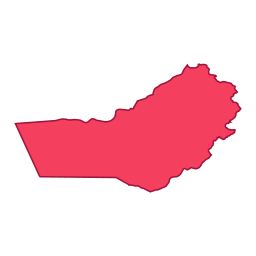 the district of Caille Des, Dauphin, Saint Lucia
{"feature_id": "8701671B89602605916522", "entity_name": "Caille Des", "entity_type": "district", "adm_level": 2, "iso_a3": "LCA", "parent_name": "Saint Lucia", "parent_adm1": "Dauphin", "projection": "mercator", "projection_center": [-60.881, 13.983], "detail": "fine", "context": "isolated", "style": "filled", "palette": "rose", "viewbox_px": 256, "rotation_deg": 0, "n_neighbors": 0, "source": "geoboundaries", "source_scale": "gbopen_adm2", "svg_char_len": 5804}
<svg xmlns="http://www.w3.org/2000/svg" viewBox="0 0 256 256"><path d="M15.4,123.6L39.5,176.0L40.1,176.7L116.1,177.5L128.8,184.6L128.8,184.9L129.3,184.7L130.3,185.1L131.3,185.2L132.8,185.2L133.5,185.5L134.8,185.9L136.1,186.0L137.3,185.8L139.2,186.4L140.3,187.1L141.2,187.9L142.0,188.1L143.0,188.1L147.5,190.4L150.4,191.8L151.8,191.3L154.0,190.6L155.6,189.9L157.8,189.9L159.5,189.1L160.7,188.7L163.0,187.4L163.8,187.3L165.9,186.3L166.3,185.9L167.0,184.8L167.6,184.1L169.0,182.0L169.8,178.9L171.0,177.7L171.6,177.5L172.3,177.1L173.2,176.9L175.4,176.8L176.1,176.8L176.9,176.6L178.0,176.1L179.5,175.1L180.4,174.2L181.2,173.1L181.5,172.6L182.1,171.3L182.8,170.2L183.6,169.0L183.9,168.8L184.1,168.7L184.3,168.6L185.1,168.6L185.7,169.0L186.2,169.2L186.5,169.5L187.4,169.8L189.2,168.9L190.3,168.2L190.6,167.9L190.9,167.7L191.6,167.7L193.3,168.2L194.8,168.6L195.7,168.7L196.4,168.7L197.4,168.4L198.4,168.0L199.0,167.6L199.7,167.0L200.2,166.4L200.5,166.0L201.1,165.1L201.7,163.8L201.9,163.4L202.5,162.7L204.0,161.4L205.4,160.0L207.8,158.5L208.8,158.1L209.6,157.0L210.1,156.3L211.4,154.8L210.3,154.1L209.6,152.7L208.6,151.5L208.5,151.1L208.5,150.3L208.6,149.8L209.0,149.4L210.7,148.3L211.1,147.8L211.7,146.5L212.2,145.8L212.9,145.3L213.0,145.1L213.1,144.8L213.1,144.2L213.2,143.9L213.4,143.6L213.4,143.4L213.4,143.2L213.1,143.0L213.0,142.7L213.1,142.2L213.6,141.1L214.1,140.6L214.6,140.3L214.8,140.4L214.9,140.8L215.1,140.8L215.5,140.5L215.8,140.1L216.4,139.6L216.6,139.6L216.9,139.3L217.2,138.2L217.2,137.5L217.4,137.4L217.6,137.4L217.9,137.7L218.3,137.7L218.5,137.5L219.0,136.8L219.3,136.8L219.4,137.0L219.4,137.3L219.5,137.6L219.8,137.7L220.0,137.8L220.3,137.8L220.6,137.6L220.9,138.1L221.1,138.2L221.4,138.3L221.6,138.4L222.0,138.9L222.3,139.0L223.2,139.4L223.7,139.4L224.6,139.0L224.9,138.8L225.5,137.8L226.0,137.4L226.4,137.2L226.7,137.1L227.0,137.3L227.2,137.2L227.5,137.0L228.0,136.0L228.3,135.9L229.3,135.8L229.6,135.7L229.9,135.5L230.5,134.8L231.0,134.4L232.5,134.0L233.2,133.4L233.5,133.2L234.5,132.5L234.4,132.3L234.3,132.2L234.2,132.1L234.8,131.2L234.8,130.8L235.0,130.3L235.1,130.1L234.6,129.8L234.3,129.7L233.7,129.7L232.6,129.9L231.1,129.9L230.3,129.7L229.0,129.4L227.6,128.8L227.1,128.2L226.8,127.9L226.1,127.6L225.7,127.2L225.4,126.4L225.4,126.0L225.3,125.6L225.4,125.1L225.6,124.6L225.9,124.2L226.2,123.9L226.7,123.6L227.1,123.4L227.5,123.3L228.0,123.3L228.4,123.3L228.6,123.3L228.8,123.1L228.9,122.9L228.9,122.6L229.1,122.3L230.3,122.2L229.8,121.9L229.6,121.8L229.7,121.7L229.9,121.6L230.0,121.5L230.1,121.4L229.9,120.9L229.8,120.4L230.1,120.2L230.3,120.2L230.6,120.3L230.8,120.3L231.3,119.9L231.7,119.9L232.1,119.6L232.4,119.3L233.4,118.6L233.7,118.2L233.9,117.9L234.6,117.7L235.0,117.0L235.2,116.5L235.8,115.3L235.9,114.7L235.8,114.2L235.6,113.8L235.8,113.4L236.4,112.9L236.7,112.3L236.9,111.9L237.1,111.8L237.5,111.6L238.2,111.3L238.7,111.2L238.9,111.1L239.1,110.6L239.7,109.8L239.9,109.7L240.1,109.6L240.4,109.5L240.5,109.4L240.6,108.7L240.6,108.4L240.5,108.1L240.3,108.0L239.9,107.9L239.3,107.0L238.5,106.0L238.2,105.5L237.9,104.9L237.9,104.6L238.0,104.1L237.9,103.9L237.7,103.7L237.2,103.6L236.8,103.0L236.2,102.6L235.9,102.5L234.7,102.3L233.6,102.3L232.7,101.9L232.6,101.7L232.9,101.2L232.7,100.8L231.2,99.9L230.9,99.5L231.0,97.5L231.0,97.3L231.3,97.0L232.7,96.4L233.0,96.2L233.2,95.9L233.6,95.2L233.8,94.7L233.8,94.4L233.5,94.2L233.4,94.0L233.5,93.8L234.8,93.2L235.9,92.8L236.1,92.9L236.7,92.7L237.0,92.5L237.2,92.2L237.2,91.9L237.0,91.7L236.4,91.3L236.1,90.5L235.0,89.5L234.7,89.0L234.7,88.7L235.1,86.8L235.1,86.5L235.0,86.3L234.8,86.2L234.6,86.2L234.4,86.1L233.3,85.6L232.8,85.3L232.2,84.8L231.4,83.6L230.1,83.0L229.7,83.0L229.1,83.0L228.7,82.9L228.3,82.6L226.6,82.4L226.2,82.2L225.8,82.0L224.4,81.9L224.0,81.7L223.0,81.6L221.9,81.9L221.4,82.2L221.0,82.5L219.7,82.4L219.1,81.9L218.6,81.6L218.1,81.4L217.1,81.0L216.8,80.7L216.4,80.2L216.1,79.6L215.5,78.8L215.2,78.5L214.4,78.0L214.3,77.7L214.4,77.4L214.8,76.9L215.0,76.8L216.0,76.5L216.2,76.3L216.1,76.0L215.7,75.5L215.5,75.4L215.0,75.6L213.9,75.1L213.5,75.0L212.9,74.9L211.3,74.9L210.6,74.6L209.5,74.3L209.2,74.1L208.9,73.8L208.8,73.6L208.7,72.2L208.7,71.0L208.8,70.7L209.1,69.9L209.2,69.6L209.2,69.2L209.1,68.9L208.4,68.3L206.9,67.1L206.9,66.9L206.8,66.6L206.8,65.5L206.7,65.4L206.0,65.0L205.5,64.8L205.1,64.7L203.0,64.4L202.0,64.6L201.5,64.9L201.2,64.9L200.7,64.8L199.2,64.2L198.9,64.2L198.6,64.2L198.2,64.9L198.2,65.2L198.5,65.5L198.5,65.8L198.2,66.3L197.8,66.6L197.2,66.8L196.9,67.4L196.0,67.6L195.4,67.9L194.9,67.9L191.9,67.8L191.3,67.8L190.4,68.0L189.2,67.3L188.6,66.8L188.4,66.5L187.7,66.1L187.6,65.9L187.5,65.3L187.3,65.0L183.5,70.3L182.2,73.4L181.6,74.1L181.2,74.4L180.8,74.6L179.3,75.1L178.4,75.3L176.7,75.8L176.3,76.1L175.0,76.5L173.3,77.4L172.8,77.6L172.6,77.9L171.5,79.1L170.7,79.8L170.3,80.2L169.9,80.5L169.0,80.9L168.0,81.6L166.0,82.6L162.4,84.0L161.5,84.2L160.9,84.4L160.2,84.9L158.8,86.2L157.6,87.0L156.7,87.4L156.2,87.6L155.9,87.9L155.1,88.6L154.7,89.0L154.2,89.8L153.7,91.1L153.3,92.4L153.2,92.9L153.1,93.3L153.2,94.1L153.2,94.4L153.1,94.5L151.1,95.0L150.6,95.2L149.3,95.6L148.4,96.0L147.6,96.5L146.9,97.2L146.0,98.2L145.6,98.4L137.3,101.0L136.6,102.6L135.5,104.3L135.0,105.1L134.8,105.8L134.5,106.0L133.9,107.1L133.6,107.9L133.4,108.5L133.2,108.7L133.0,108.9L132.6,109.0L132.0,108.9L131.6,108.7L131.3,108.5L131.0,108.5L130.6,108.6L130.0,109.1L129.3,109.9L128.3,110.4L127.3,110.1L125.3,109.8L121.9,109.5L119.4,109.3L117.2,109.9L115.9,111.2L115.4,114.5L115.0,116.8L112.8,119.3L110.9,120.6L109.4,121.2L107.1,121.7L104.9,121.8L102.3,121.3L99.2,120.7L96.9,120.4L94.4,119.1L91.8,118.8L90.1,120.0L87.9,122.0L86.9,122.5L84.6,122.5L82.5,121.3L80.2,120.2L76.7,119.7L73.8,119.6L71.6,119.9L68.3,119.9L65.7,119.2L62.7,119.0L60.7,119.3L58.6,119.8L55.6,120.6L15.4,123.6Z" fill="#f43f5e" stroke="#9f1239" stroke-width="1.5"/></svg>